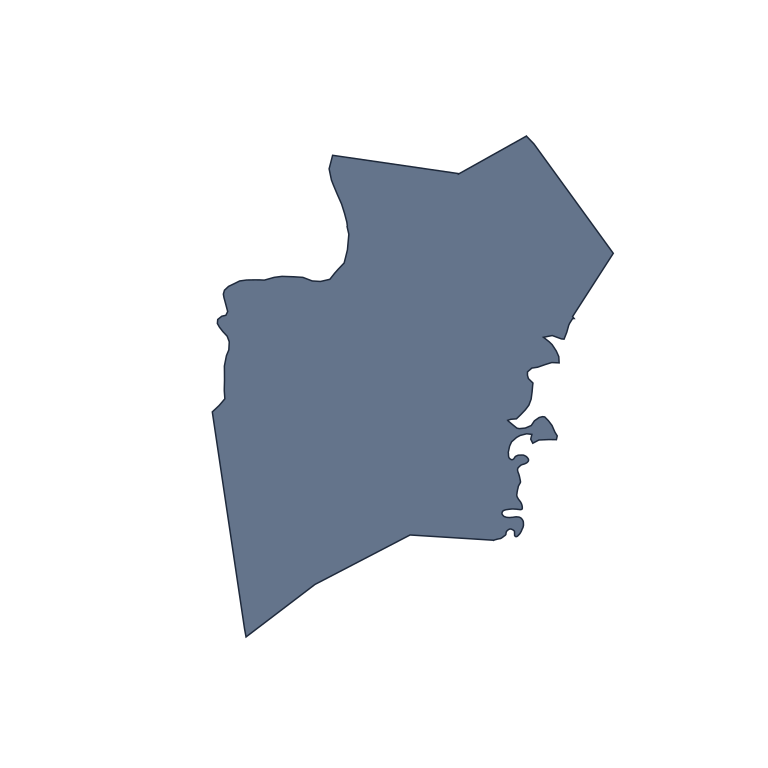 outline of Forest Reserve, Dennery, Saint Lucia, rotated 137°
{"feature_id": "8701671B45291890821133", "entity_name": "Forest Reserve", "entity_type": "district", "adm_level": 2, "iso_a3": "LCA", "parent_name": "Saint Lucia", "parent_adm1": "Dennery", "projection": "albers", "projection_center": [-60.931, 13.977], "detail": "fine", "context": "isolated", "style": "filled", "palette": "slate", "viewbox_px": 768, "rotation_deg": 137, "n_neighbors": 0, "source": "geoboundaries", "source_scale": "gbopen_adm2", "svg_char_len": 5991}
<svg xmlns="http://www.w3.org/2000/svg" viewBox="0 0 768 768"><g transform="rotate(137 384 384)"><path d="M657.4,293.1L571.2,284.5L467.9,255.8L410.7,195.3L410.6,194.9L409.8,194.7L409.4,194.5L408.7,194.2L408.1,193.8L407.4,193.5L407.0,193.3L406.2,192.8L405.9,192.6L405.3,192.3L405.1,192.1L404.7,191.8L404.4,191.6L404.1,191.5L403.8,191.4L403.0,191.2L402.2,191.1L401.6,191.0L400.2,190.9L399.6,190.8L398.9,190.7L398.4,190.7L398.1,190.7L397.7,190.8L397.4,190.9L397.2,191.1L396.5,191.7L396.2,191.9L395.9,192.1L395.6,192.3L395.3,192.5L394.8,192.6L394.5,192.7L394.3,192.7L393.2,192.7L392.6,192.6L392.3,192.6L392.0,192.5L391.5,192.4L391.2,192.3L391.1,192.2L390.5,191.8L390.3,191.6L390.1,191.3L389.8,190.9L389.7,190.6L389.6,190.4L389.5,190.2L389.3,189.7L389.2,189.2L389.0,188.5L389.0,188.1L389.0,187.8L389.0,187.5L389.2,187.2L389.3,186.9L389.8,186.4L390.1,186.1L390.7,185.4L390.9,185.1L391.4,184.6L391.7,184.3L391.8,184.0L391.9,183.7L391.9,183.2L391.9,182.9L391.8,182.7L391.7,182.5L391.5,182.3L391.4,182.2L391.1,182.0L391.0,181.9L390.8,181.9L390.3,181.7L390.0,181.7L389.3,181.7L388.5,181.7L388.4,181.8L387.8,181.8L387.3,181.8L387.0,181.9L386.7,181.9L386.3,182.0L385.8,182.1L385.2,182.3L384.9,182.4L383.7,182.8L383.3,183.0L382.9,183.2L382.4,183.5L381.7,183.7L381.6,183.8L381.2,183.9L380.2,184.3L379.9,184.5L379.4,184.8L379.0,185.1L378.5,185.4L378.0,185.9L377.4,186.6L376.7,187.4L376.0,188.3L375.9,188.6L375.7,188.9L375.6,189.4L375.5,189.7L375.3,190.5L375.3,190.9L375.2,191.5L375.2,191.8L375.2,192.0L375.2,192.3L375.3,192.8L375.4,193.0L375.5,193.4L375.7,194.0L376.0,194.5L376.4,195.0L376.6,195.3L377.3,196.0L377.6,196.4L377.9,196.7L378.4,197.1L378.8,197.4L379.4,197.8L380.0,198.2L380.3,198.4L381.0,198.9L381.8,199.6L382.4,200.0L382.6,200.2L383.2,200.7L383.3,200.7L383.4,200.8L383.9,201.4L384.4,201.9L385.0,202.6L385.2,202.8L385.4,203.1L385.7,203.6L385.9,204.1L386.0,204.2L386.4,205.0L386.6,205.4L386.6,205.5L386.6,206.4L386.6,206.7L386.6,207.4L386.5,207.7L386.4,208.2L386.2,208.6L385.9,209.0L385.5,209.3L385.2,209.5L384.9,209.7L384.7,209.7L384.3,209.9L383.9,209.9L383.6,210.0L383.2,210.0L383.1,209.9L382.8,209.9L382.4,209.7L382.1,209.6L381.2,209.2L380.4,208.8L380.0,208.5L379.6,208.2L378.6,207.5L377.7,206.9L377.5,206.7L376.0,205.6L375.8,205.4L375.0,204.7L374.2,203.9L373.7,203.3L373.5,203.2L373.0,202.6L372.9,202.5L372.1,201.7L371.8,201.2L371.0,200.4L370.9,200.2L370.5,199.8L370.1,199.2L369.8,199.0L369.5,198.8L369.4,198.7L369.2,198.6L368.7,198.4L368.4,198.4L368.1,198.4L367.8,198.6L367.4,199.0L367.2,199.2L366.8,199.7L366.5,200.1L366.4,200.2L365.9,201.0L365.5,201.8L365.3,202.2L365.2,202.5L364.9,203.2L364.9,203.5L364.6,204.4L364.5,205.4L364.4,206.0L364.3,206.7L364.3,207.0L364.3,207.7L364.2,208.2L364.1,208.6L364.0,209.0L363.9,209.4L363.8,209.8L363.6,210.6L363.4,211.1L363.2,211.4L363.1,211.7L362.9,211.9L362.7,212.1L362.4,212.5L362.2,212.7L361.6,213.1L361.2,213.4L360.8,213.8L360.4,214.1L360.0,214.4L359.6,214.7L358.1,215.8L357.6,216.1L356.8,216.6L356.2,217.1L355.6,217.5L355.1,217.7L354.5,217.9L354.0,218.1L352.1,218.7L351.7,218.8L351.3,219.1L351.0,219.2L350.8,219.5L350.7,219.6L350.3,220.2L349.6,221.3L349.4,221.7L348.8,222.6L348.6,223.0L348.1,223.8L347.6,224.7L347.0,225.9L346.7,226.6L346.6,226.8L346.5,227.1L346.3,227.6L346.2,228.0L345.9,228.5L345.6,229.1L345.3,229.6L344.7,230.3L344.5,230.5L344.3,230.7L344.0,230.8L343.4,231.1L343.1,231.2L343.0,231.3L341.5,231.3L341.2,231.3L340.9,231.3L340.5,231.3L340.0,231.3L339.5,231.3L338.9,231.2L338.7,231.1L338.3,231.0L337.8,230.8L337.5,230.6L336.3,230.0L335.9,229.8L335.4,229.6L334.8,229.4L334.5,229.3L334.0,229.2L333.8,229.1L333.7,229.1L333.4,229.0L333.0,229.0L332.8,229.0L332.3,229.0L332.1,229.0L331.6,229.1L331.3,229.1L331.1,229.2L330.6,229.4L330.4,229.6L330.0,230.0L329.9,230.2L329.7,230.4L329.6,230.7L329.5,231.2L329.4,231.7L329.4,232.0L329.3,232.7L329.4,233.6L329.4,234.0L329.7,234.9L329.9,235.5L330.0,235.8L330.4,236.6L330.6,237.0L331.1,237.5L331.5,237.9L331.7,238.0L332.0,238.4L332.3,238.6L333.2,239.4L333.7,239.8L333.9,240.0L334.1,240.2L334.6,240.5L334.8,240.6L335.1,240.7L335.8,240.9L336.5,241.2L336.9,241.3L337.1,241.3L338.2,241.3L338.5,241.2L338.8,241.1L339.4,240.9L339.7,240.8L339.9,240.8L340.4,240.8L341.0,240.9L341.3,240.9L341.7,241.1L341.9,241.3L342.2,241.5L342.3,241.7L342.5,242.0L342.6,242.3L342.7,242.6L342.8,243.0L342.9,243.4L342.9,244.0L342.9,244.4L342.9,244.5L342.8,244.9L342.7,245.2L342.6,245.5L342.4,245.8L342.2,246.1L342.1,246.3L341.6,246.9L341.1,247.5L340.5,248.2L340.2,248.5L340.1,248.8L339.8,249.2L334.5,252.9L330.1,254.7L323.5,254.5L319.5,253.5L313.6,250.3L310.2,246.3L314.3,243.6L315.6,239.2L308.9,237.4L301.3,230.9L295.9,225.7L292.7,227.9L291.8,232.3L289.4,239.1L288.8,245.0L288.9,250.3L290.3,252.0L293.4,253.7L299.1,254.5L304.6,253.2L310.7,255.4L315.5,259.1L316.9,261.1L317.7,266.8L318.1,270.0L318.4,272.0L318.3,273.1L315.3,271.7L310.9,268.2L305.2,268.3L298.2,268.7L292.5,269.7L286.7,272.6L281.1,277.2L276.1,281.7L274.4,283.1L274.7,289.5L273.1,292.6L270.8,295.0L265.0,294.8L260.2,291.5L252.7,288.2L246.7,285.3L241.5,280.0L237.5,284.8L235.5,290.6L234.2,298.1L234.4,302.2L235.5,309.4L227.9,304.7L223.5,296.0L221.7,294.0L215.0,297.2L208.8,301.0L206.8,301.8L201.5,303.2L200.3,302.2L200.1,304.7L127.2,323.2L110.6,457.4L110.8,467.8L110.7,468.2L186.5,486.8L186.2,487.3L265.6,586.3L277.4,578.8L283.3,569.1L285.3,564.1L288.8,554.6L292.3,544.5L296.6,535.5L300.8,527.7L303.1,524.5L303.6,524.4L307.6,517.5L319.2,507.1L325.3,503.1L330.6,499.7L339.1,499.2L344.4,498.7L352.2,497.5L360.5,502.3L366.2,508.3L370.6,517.3L376.9,524.0L385.2,532.3L391.6,536.9L400.7,541.6L403.8,544.8L407.4,548.2L413.5,553.7L419.3,557.8L423.7,559.1L431.1,561.4L436.7,561.4L440.2,559.3L442.2,556.2L443.5,553.7L448.9,543.6L452.8,542.1L456.4,544.2L461.6,544.6L464.6,541.9L465.6,537.7L466.1,532.3L466.1,525.9L468.4,520.4L468.8,520.0L474.2,514.8L479.9,512.2L483.5,509.6L488.5,506.0L492.3,501.8L498.3,495.3L503.8,489.7L505.5,487.9L506.3,486.9L510.5,481.7L519.3,480.7L528.6,480.7L653.0,300.0L657.4,293.1Z" fill="#64748b" stroke="#1e293b" stroke-width="1.5"/></g></svg>